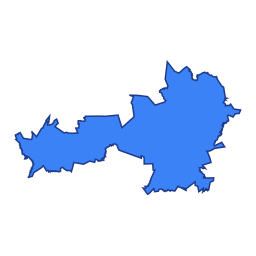 the district of Santiago Papasquiaro, Durango, Mexico
{"feature_id": "50627088B53299694063482", "entity_name": "Santiago Papasquiaro", "entity_type": "district", "adm_level": 2, "iso_a3": "MEX", "parent_name": "Mexico", "parent_adm1": "Durango", "projection": "orthographic", "projection_center": [-106.236, 25.023], "detail": "fine", "context": "isolated", "style": "filled", "palette": "blue", "viewbox_px": 256, "rotation_deg": 0, "n_neighbors": 0, "source": "geoboundaries", "source_scale": "gbopen_adm2", "svg_char_len": 5850}
<svg xmlns="http://www.w3.org/2000/svg" viewBox="0 0 256 256"><path d="M71.4,171.7L73.9,162.5L83.6,164.2L89.6,161.1L94.7,162.3L95.3,159.3L96.6,159.5L97.4,160.0L97.6,160.6L97.9,160.8L98.1,160.5L98.5,160.5L98.8,161.1L99.3,161.0L99.5,160.7L100.2,161.0L100.7,160.2L101.8,160.6L102.0,160.3L102.4,160.3L101.9,160.0L102.1,159.5L101.9,158.9L102.3,158.6L102.9,158.6L103.7,159.1L103.7,158.6L103.3,158.0L104.2,158.0L104.6,157.6L104.4,156.3L105.5,156.4L104.8,154.8L104.9,154.0L105.6,153.8L105.4,153.0L105.8,152.7L105.5,152.3L106.1,151.3L105.6,150.7L105.6,150.0L105.3,148.6L106.1,148.5L106.7,147.3L107.9,147.1L108.6,146.5L109.4,146.3L110.2,145.2L110.0,144.9L110.3,144.8L110.6,145.1L110.6,145.6L111.5,145.2L111.7,145.6L112.3,144.7L113.0,145.2L113.0,144.7L113.3,144.4L114.6,143.8L115.9,144.5L116.6,144.5L118.9,150.1L141.3,158.2L141.2,155.9L144.1,157.2L144.2,164.0L152.7,163.7L153.2,170.2L154.8,170.2L150.8,179.1L150.8,179.9L150.2,180.6L150.2,181.4L149.9,181.6L150.0,183.0L149.0,183.5L148.8,184.7L147.5,185.5L148.5,185.4L148.5,186.0L147.9,186.2L145.1,186.4L146.0,188.0L144.2,188.3L143.1,188.1L147.5,194.2L149.3,193.4L153.7,188.6L154.7,191.7L158.4,191.2L158.9,189.6L160.5,189.0L162.9,189.7L162.8,190.1L164.1,191.1L165.0,191.5L165.4,190.5L166.8,191.0L168.1,189.7L170.1,191.1L170.6,190.3L174.9,191.0L178.0,186.2L178.7,186.5L179.1,187.2L180.7,187.5L186.7,190.8L184.1,188.2L186.3,188.6L195.1,181.8L195.2,185.4L197.8,186.3L198.8,191.7L203.3,188.4L202.8,191.8L203.7,190.8L204.2,191.1L204.4,190.0L205.6,189.7L205.5,189.1L206.3,188.6L206.5,188.7L206.1,190.1L207.0,189.9L207.6,190.7L208.1,190.3L207.6,189.9L208.7,189.6L210.1,182.4L213.4,180.7L213.7,177.9L205.1,178.0L205.0,177.0L203.6,177.7L203.7,176.9L204.4,176.0L204.3,175.0L203.8,174.4L202.9,173.9L202.5,173.4L202.0,173.3L201.6,171.9L200.8,171.9L200.2,171.6L200.4,171.2L200.2,170.4L199.8,170.4L200.2,170.0L199.7,169.2L199.8,168.7L199.4,167.8L200.4,167.6L202.1,167.8L202.9,168.6L204.6,168.1L205.2,168.4L204.4,167.2L203.8,166.9L203.7,166.6L202.9,166.3L202.5,165.1L211.0,162.5L209.9,158.2L207.4,151.7L206.9,151.2L209.3,151.0L210.6,150.7L214.8,148.3L224.7,146.9L221.7,142.3L214.5,145.8L214.1,145.0L214.1,143.7L215.0,142.7L215.0,142.2L215.3,141.7L215.0,141.6L215.1,141.0L217.1,139.8L218.3,136.5L218.5,136.9L219.7,135.2L220.0,135.4L220.7,135.1L220.8,135.3L221.8,133.6L219.8,132.4L220.5,131.3L221.4,131.8L221.8,131.0L221.5,130.8L222.0,130.0L221.7,129.9L222.3,128.9L222.0,128.7L223.3,126.5L222.8,126.2L223.0,125.9L222.2,125.3L223.2,124.9L222.8,124.7L223.2,124.2L222.7,123.9L223.5,122.7L224.7,123.4L225.2,122.6L226.1,123.1L227.5,120.8L228.1,121.2L228.6,120.4L227.5,115.9L228.2,115.1L233.1,117.0L235.2,113.7L239.1,113.5L240.6,110.0L233.9,109.1L230.6,104.1L229.3,105.5L227.1,105.4L225.5,105.9L225.4,104.3L224.7,103.4L223.4,102.6L225.1,99.6L225.6,99.8L224.9,98.9L224.9,98.6L226.6,98.2L225.3,97.8L223.6,87.2L221.5,85.8L217.5,79.6L216.5,76.6L215.1,76.9L213.2,76.7L212.1,75.9L211.5,75.1L211.0,75.3L209.4,75.0L208.7,74.2L208.0,74.0L207.8,73.7L208.0,73.3L207.7,72.6L206.7,73.3L204.8,72.2L203.3,72.8L202.5,72.9L200.7,74.2L200.3,74.2L198.9,75.1L197.4,74.9L196.9,76.5L197.7,76.8L197.8,77.1L197.7,77.6L197.3,77.6L197.6,78.4L196.9,80.5L196.0,80.4L195.7,80.0L194.4,80.1L193.1,79.6L193.2,79.4L192.2,78.7L192.4,78.5L192.1,77.6L192.2,77.0L191.7,75.6L192.1,75.4L191.9,75.2L192.1,75.0L191.7,74.3L192.2,73.9L191.0,72.3L190.8,71.5L189.7,71.4L189.9,71.2L189.7,71.0L190.1,70.8L189.0,69.9L189.8,69.5L186.7,66.7L184.9,67.8L178.9,73.1L174.6,71.3L167.3,61.8L165.2,79.3L168.0,86.0L167.6,86.2L167.6,86.9L167.1,87.7L167.0,88.5L166.3,88.0L165.3,87.9L164.6,88.3L164.4,88.8L164.1,88.2L163.8,88.2L163.4,88.7L162.5,88.8L162.1,89.2L160.6,89.8L160.5,90.3L160.0,90.5L159.5,91.1L159.8,92.3L160.9,92.5L162.1,93.9L162.3,95.6L163.5,96.8L163.7,98.1L164.3,99.2L164.9,99.9L165.9,100.5L164.9,102.0L155.1,105.1L147.6,96.6L137.7,95.4L129.4,95.1L133.3,96.6L133.4,97.0L131.2,102.9L132.5,104.8L134.1,116.8L121.9,127.7L118.0,115.1L105.3,116.3L98.2,116.1L85.3,116.3L85.3,117.4L83.9,117.7L84.0,118.3L85.0,119.4L85.0,121.1L81.0,121.2L80.7,120.7L78.2,120.8L78.1,124.1L79.2,124.0L78.7,127.9L75.8,128.1L77.8,132.9L72.1,133.3L68.9,133.1L66.2,132.3L64.4,133.1L55.0,126.7L56.7,124.5L58.2,123.3L56.6,119.1L54.3,120.6L54.0,121.8L51.8,124.4L47.8,125.3L47.3,121.7L48.7,122.8L49.6,116.0L46.0,120.5L46.4,120.9L43.5,126.1L43.0,128.0L41.7,128.2L36.6,136.7L31.6,131.4L32.6,134.1L31.9,139.0L30.9,139.5L23.4,138.3L20.2,132.7L19.9,133.0L18.6,133.1L18.3,133.8L17.8,133.9L17.9,134.2L17.2,134.1L16.3,134.9L15.5,134.9L15.4,135.6L16.4,138.2L16.5,139.4L15.9,139.5L19.2,142.7L19.7,143.7L20.0,143.7L20.1,144.2L19.8,144.7L20.0,144.9L19.7,145.1L20.0,145.5L20.3,145.4L20.4,145.8L20.2,146.2L20.4,146.6L20.1,147.0L20.4,147.6L20.3,148.1L20.8,148.2L20.8,148.6L21.5,148.6L21.9,149.4L21.7,149.6L21.8,150.5L22.1,150.6L21.9,150.9L22.3,151.6L22.0,152.1L22.4,154.1L23.0,154.1L23.0,153.7L24.1,154.2L24.1,155.0L24.5,155.1L24.7,155.7L25.7,155.7L26.8,156.4L26.3,157.0L25.2,157.7L24.7,158.9L26.1,158.8L26.8,158.4L26.8,157.9L26.6,157.7L27.3,157.9L27.6,156.6L28.0,156.6L28.7,157.1L30.1,158.9L30.9,159.3L31.2,159.8L31.6,159.8L31.6,160.6L32.7,161.1L32.4,161.9L32.7,162.5L33.1,162.5L33.0,163.5L33.4,163.5L33.8,164.1L33.7,164.5L33.1,164.8L32.9,166.1L32.2,166.8L32.4,168.4L31.3,168.3L31.5,169.3L31.4,170.3L30.4,170.4L30.8,171.9L30.7,172.3L30.2,172.1L29.9,172.4L30.4,173.1L30.1,173.8L29.6,174.2L29.2,176.3L27.9,177.5L32.2,176.3L33.8,172.6L41.4,167.7L43.4,165.7L46.6,171.0L47.3,170.5L48.2,170.4L48.6,171.8L49.2,171.4L49.6,171.7L49.5,171.4L50.6,170.9L51.4,171.2L51.8,170.9L51.9,171.2L52.2,171.1L52.5,171.4L52.7,171.1L53.2,171.2L53.3,171.0L54.1,171.4L54.6,171.1L55.1,171.4L55.4,171.0L55.6,171.3L56.4,171.1L56.9,171.5L57.5,171.3L58.6,171.8L59.9,171.6L60.7,170.8L60.3,169.5L60.6,168.3L61.8,167.8L62.1,167.2L62.9,167.6L64.4,169.1L65.5,169.5L66.2,170.3L67.0,170.6L70.3,170.5L71.4,171.7Z" fill="#3b82f6" stroke="#1e3a8a" stroke-width="1.5"/></svg>